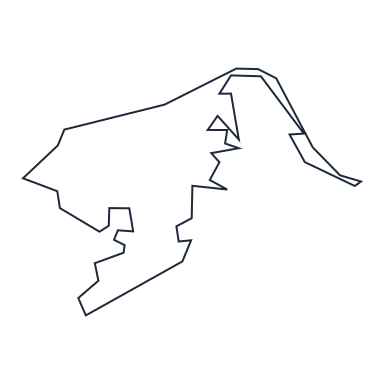 outline of Dumyat
{"feature_id": "EGY-1539", "entity_name": "Dumyat", "entity_type": "Governorate", "adm_level": 1, "iso_a3": "EGY", "parent_name": "Egypt", "parent_adm1": "", "projection": "albers", "projection_center": [31.792, 31.35], "detail": "coarse", "context": "isolated", "style": "outline", "palette": "slate", "viewbox_px": 384, "rotation_deg": 0, "n_neighbors": 0, "source": "natural_earth", "source_scale": "10m", "svg_char_len": 710}
<svg xmlns="http://www.w3.org/2000/svg" viewBox="0 0 384 384"><path d="M354.8,186.0L304.8,162.1L289.6,134.5L303.9,133.6L260.9,76.3L231.0,75.4L219.4,93.7L231.0,93.6L238.8,139.5L217.6,115.9L207.7,130.0L227.2,130.0L225.1,143.5L238.8,148.2L211.3,153.1L219.4,162.2L209.8,180.0L227.2,189.5L192.4,185.8L191.7,218.2L176.4,226.3L178.7,241.5L191.1,240.3L182.4,261.4L85.8,315.4L78.3,298.0L98.4,280.7L94.8,263.2L123.6,252.7L124.6,245.1L114.0,239.8L117.9,230.3L133.2,231.4L129.3,208.3L109.3,208.1L108.8,225.7L99.5,231.7L59.9,208.1L57.3,191.2L23.0,178.3L57.9,145.4L64.3,129.6L164.6,104.6L236.2,68.6L258.1,69.1L276.2,78.3L312.7,147.3L340.0,175.3L361.0,181.5L354.8,186.0Z" fill="none" stroke="#1e293b" stroke-width="2"/></svg>